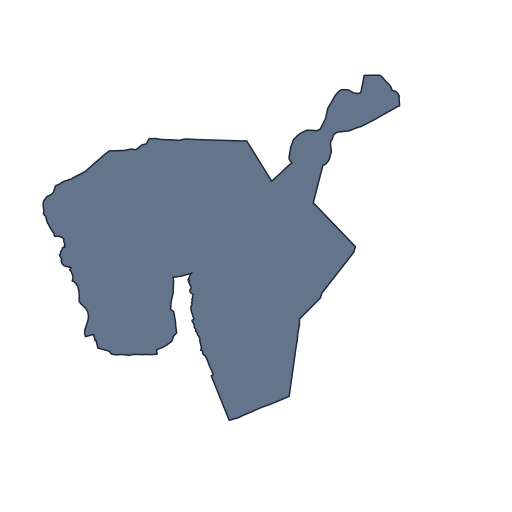 Capulhuac, México, Mexico (orthographic projection), rotated 71°
{"feature_id": "50627088B65520892305062", "entity_name": "Capulhuac", "entity_type": "district", "adm_level": 2, "iso_a3": "MEX", "parent_name": "Mexico", "parent_adm1": "México", "projection": "orthographic", "projection_center": [-99.466, 19.217], "detail": "fine", "context": "isolated", "style": "filled", "palette": "slate", "viewbox_px": 512, "rotation_deg": 71, "n_neighbors": 0, "source": "geoboundaries", "source_scale": "gbopen_adm2", "svg_char_len": 6118}
<svg xmlns="http://www.w3.org/2000/svg" viewBox="0 0 512 512"><g transform="rotate(71 256 256)"><path d="M312.6,205.9L284.2,162.2L279.5,159.0L224.3,184.5L192.0,163.2L192.1,162.2L191.8,160.4L191.1,159.1L189.9,156.9L188.5,155.4L182.8,151.3L181.2,150.6L180.1,150.3L177.0,149.8L174.3,149.1L173.3,148.6L172.5,148.3L171.5,147.6L170.7,146.2L168.7,144.7L166.6,143.2L166.0,141.7L165.5,139.2L165.4,138.5L165.7,136.8L166.5,133.9L167.2,130.4L167.7,128.5L168.0,127.2L167.9,125.1L167.7,122.9L167.6,120.1L167.6,117.4L167.8,114.8L167.7,113.9L167.5,112.5L166.8,107.5L165.9,101.5L165.9,100.9L165.2,97.1L165.0,96.0L164.7,95.7L164.8,95.4L164.7,94.5L164.3,92.5L160.8,73.5L160.8,72.1L160.9,71.6L159.7,71.0L156.8,70.3L154.7,69.6L151.6,68.9L151.5,68.4L147.5,69.3L145.7,70.5L143.6,73.5L142.2,73.3L139.0,73.6L136.4,74.7L133.6,76.2L127.8,78.5L126.1,79.4L125.2,80.6L122.7,87.9L120.5,94.9L123.3,96.5L126.3,98.2L135.7,103.8L135.6,106.0L135.2,107.3L134.7,108.7L133.5,110.6L131.0,112.9L128.9,114.8L127.8,117.5L126.7,120.5L126.8,122.4L128.4,126.2L130.4,129.3L134.5,133.9L140.0,140.3L143.5,142.3L149.0,145.8L155.0,151.9L157.0,154.2L157.2,156.3L157.3,157.7L156.9,158.9L155.6,161.7L153.9,165.9L153.8,166.5L153.7,168.0L154.1,172.1L154.6,174.4L155.8,177.8L158.1,182.6L164.0,187.4L168.7,190.1L170.0,190.8L172.4,192.1L174.5,193.0L175.4,193.0L176.9,192.8L179.6,191.7L181.9,197.7L184.7,203.7L190.4,216.8L144.2,227.3L143.0,230.6L142.6,231.9L127.0,273.1L122.5,284.3L122.0,287.1L121.7,290.6L120.7,293.3L119.1,296.7L117.0,302.5L114.8,308.1L112.5,312.2L111.9,313.3L111.6,314.9L111.2,316.1L110.3,318.6L111.0,319.7L112.4,321.4L113.5,322.0L114.1,322.7L114.2,323.8L114.0,325.6L113.9,327.4L114.4,329.5L115.4,331.9L116.2,334.6L116.2,335.5L115.1,337.4L114.2,339.3L113.3,346.3L111.6,351.7L109.8,357.7L108.8,360.5L111.2,367.3L112.9,371.3L115.8,378.7L118.7,385.6L120.2,389.2L121.2,394.1L122.1,401.3L122.4,402.8L122.4,403.5L122.6,404.1L122.9,404.8L123.2,405.3L123.3,405.7L123.4,406.2L123.2,406.6L123.0,407.1L122.8,407.5L122.8,407.9L122.8,408.3L123.0,408.6L123.1,408.9L123.1,409.3L122.9,410.5L122.9,412.5L123.0,414.4L123.4,416.6L123.5,416.9L124.0,417.7L124.0,418.0L124.3,422.1L124.5,422.6L125.2,423.3L125.9,424.0L126.6,424.3L127.2,424.8L127.7,425.3L129.0,426.1L129.6,426.6L129.9,427.0L130.5,428.1L130.8,428.8L131.1,429.8L131.5,431.3L131.6,432.0L131.6,434.0L131.9,434.5L132.4,435.2L133.0,436.2L134.2,438.0L134.8,438.7L135.4,439.3L136.9,440.1L140.0,441.1L143.1,441.6L144.6,442.1L146.6,443.1L147.2,443.2L148.2,443.0L149.3,442.3L150.4,441.8L151.9,442.2L153.6,442.3L155.0,442.4L156.5,442.3L157.2,442.3L158.1,441.9L158.7,441.8L160.2,441.8L160.5,441.8L160.9,441.6L161.5,441.4L161.8,441.4L162.3,441.4L164.6,440.9L165.9,440.5L166.5,440.5L167.7,440.0L168.1,439.7L168.9,439.6L170.7,440.1L171.2,440.1L171.7,439.9L172.2,439.3L172.2,439.0L172.4,438.5L172.5,438.2L172.6,437.8L172.9,435.9L173.2,435.6L174.2,435.0L174.4,434.7L174.6,434.2L174.9,433.7L175.5,433.2L176.5,432.6L176.8,432.4L177.1,432.3L177.8,432.3L178.1,432.5L178.9,432.8L179.9,433.0L183.0,433.0L183.5,433.7L183.9,434.1L184.3,433.9L184.4,433.6L184.7,433.4L184.9,433.4L185.2,433.5L185.4,433.8L185.5,434.1L185.4,434.8L185.3,435.2L185.3,435.7L185.3,436.2L185.3,436.4L185.6,436.6L186.2,436.8L187.0,437.4L187.6,438.2L187.8,438.7L188.0,439.1L188.7,439.6L189.8,439.7L190.2,440.0L190.4,440.3L190.7,441.0L190.9,441.3L191.1,441.4L192.1,441.4L194.2,441.0L194.9,440.9L195.8,440.9L195.9,441.1L196.1,441.2L196.5,441.2L196.7,441.4L196.9,441.7L197.1,441.9L197.3,441.9L197.5,441.9L198.0,441.7L198.5,441.7L198.9,441.7L199.7,441.9L201.3,441.5L201.9,440.9L202.7,440.6L203.3,440.0L203.6,439.5L204.1,438.9L204.6,437.8L204.9,437.4L205.3,437.1L205.8,436.5L205.9,435.7L206.1,435.1L206.4,435.0L206.9,434.8L207.1,435.0L207.4,435.4L207.7,435.7L208.0,436.1L208.4,436.6L208.9,436.7L210.0,435.8L210.2,435.7L211.5,435.7L212.1,435.8L212.7,435.8L214.1,435.6L214.8,435.5L215.2,435.5L215.6,435.7L215.8,435.8L217.4,436.4L219.1,437.3L219.3,437.5L219.5,437.7L219.6,437.8L220.0,437.8L220.1,437.1L220.4,436.8L221.6,436.2L222.5,435.7L223.4,435.4L223.9,435.2L224.5,435.1L225.1,435.0L225.3,434.7L225.7,434.6L226.0,434.6L226.2,434.4L231.3,434.9L234.6,435.6L238.3,436.9L241.2,438.0L244.5,437.0L249.1,434.4L249.8,434.1L251.7,433.7L254.4,433.3L258.1,433.9L260.9,435.1L263.8,437.0L267.0,439.6L270.3,442.0L272.5,443.0L276.7,443.6L276.8,441.8L277.3,435.1L283.6,435.6L283.7,434.7L291.5,435.5L298.3,425.7L301.5,424.8L303.0,422.4L304.0,420.2L305.4,415.0L305.5,414.9L305.8,414.2L306.4,412.9L307.0,411.2L308.3,409.3L308.8,407.1L309.2,403.9L310.7,399.6L311.9,396.6L313.3,392.0L314.8,388.1L315.7,385.2L316.1,383.5L316.6,381.5L312.3,380.5L312.1,378.1L312.1,374.4L311.6,371.8L311.0,369.0L309.4,363.9L308.6,362.8L307.8,362.2L305.1,360.3L304.2,358.7L303.4,357.0L302.8,356.0L297.0,354.9L294.8,354.3L291.6,353.5L287.9,352.9L284.4,352.3L281.5,352.0L278.7,354.3L278.2,353.9L273.0,351.8L269.7,350.0L265.3,347.1L263.9,346.3L262.1,345.7L253.3,342.2L250.1,341.5L249.1,341.5L250.0,337.3L250.8,332.2L251.2,322.8L252.2,324.0L254.5,326.1L256.4,328.0L256.6,327.4L257.1,326.9L257.9,327.2L258.6,328.1L259.2,328.3L260.1,327.9L261.3,327.7L262.5,327.8L263.8,327.5L264.9,327.4L265.3,328.0L266.4,329.4L267.3,329.8L268.4,330.0L269.4,329.6L270.5,329.0L272.1,328.2L272.7,328.4L273.4,328.8L273.8,329.3L275.3,329.6L275.8,330.5L276.3,330.8L277.0,330.8L277.4,330.5L278.4,331.4L278.8,332.1L279.6,332.2L280.6,332.0L281.3,332.4L282.2,333.7L285.3,334.9L288.4,335.2L290.1,335.1L291.5,335.2L295.1,335.3L295.7,335.5L295.8,336.2L295.8,336.7L295.9,337.4L296.4,337.6L297.5,337.5L299.3,337.0L300.9,336.9L302.2,337.1L303.0,337.6L303.6,337.7L304.4,337.2L305.6,336.8L306.6,336.9L307.3,337.5L309.2,336.7L310.8,336.8L312.4,336.6L313.5,336.2L314.6,336.0L316.3,336.2L318.5,336.8L325.1,337.5L327.0,338.9L327.7,337.9L329.0,337.6L331.1,338.2L332.8,337.4L334.5,336.2L336.1,336.3L339.2,335.9L342.9,335.9L348.1,335.4L352.9,335.1L354.3,335.1L354.7,337.3L402.7,334.8L402.8,330.5L403.2,325.3L402.5,320.4L402.1,314.6L401.8,309.6L401.3,305.3L400.9,299.0L400.9,291.0L399.5,270.4L352.9,246.6L349.0,244.3L342.9,241.8L338.9,239.4L335.8,237.6L329.7,235.3L316.9,209.2L314.3,207.0L312.6,205.9Z" fill="#64748b" stroke="#1e293b" stroke-width="1.5"/></g></svg>